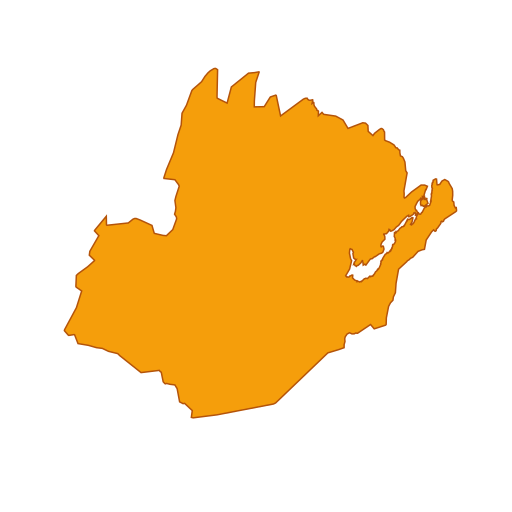 outline of Beiarn nor, Nordland, Norway, rotated 119°
{"feature_id": "86288312B82396448317791", "entity_name": "Beiarn nor", "entity_type": "district", "adm_level": 2, "iso_a3": "NOR", "parent_name": "Norway", "parent_adm1": "Nordland", "projection": "natural_earth1", "projection_center": [14.512, 66.892], "detail": "fine", "context": "isolated", "style": "filled", "palette": "amber", "viewbox_px": 512, "rotation_deg": 119, "n_neighbors": 0, "source": "geoboundaries", "source_scale": "gbopen_adm2", "svg_char_len": 6103}
<svg xmlns="http://www.w3.org/2000/svg" viewBox="0 0 512 512"><g transform="rotate(119 256 256)"><path d="M428.5,234.3L428.0,232.5L413.9,213.2L376.9,168.9L375.0,167.6L305.9,146.2L297.8,138.3L293.5,134.5L290.7,136.0L287.7,136.7L285.3,138.3L283.4,138.8L280.1,138.5L277.8,137.0L277.6,134.3L276.4,132.3L275.2,131.6L274.3,129.7L260.4,122.6L262.4,117.3L253.6,109.1L252.7,109.0L246.9,112.0L235.8,115.6L231.8,115.7L228.3,114.8L225.2,116.0L220.5,116.3L211.9,120.3L198.4,124.9L187.8,121.4L186.8,121.3L184.9,120.2L183.2,119.8L181.1,118.3L173.4,116.5L170.1,113.8L168.5,111.9L159.5,114.9L149.6,114.1L147.0,113.3L147.6,111.4L147.1,110.9L146.2,110.8L144.9,111.3L143.5,110.8L137.9,110.2L136.2,110.8L135.5,110.4L135.7,109.5L134.7,108.9L133.0,109.1L132.1,108.9L120.6,102.9L119.4,102.5L118.7,102.8L116.6,104.3L117.3,104.9L115.7,107.3L112.9,109.2L112.7,110.7L112.0,111.5L107.5,113.4L104.0,115.4L101.9,117.1L98.8,122.4L97.9,123.4L97.6,124.5L97.6,128.0L100.3,129.7L104.3,130.0L105.7,131.6L105.9,132.1L105.4,132.6L101.2,135.4L101.4,136.2L101.9,136.6L103.9,137.8L105.5,137.0L106.1,137.0L106.2,137.3L107.6,137.0L107.7,136.6L109.0,136.5L110.7,135.5L111.2,134.5L112.1,134.5L113.0,133.7L113.7,133.8L114.8,133.1L116.5,132.8L116.5,132.5L117.1,132.6L118.4,131.6L122.3,130.2L122.4,129.9L123.4,129.9L123.4,129.4L127.5,128.7L128.6,129.4L129.3,131.0L130.4,130.9L130.4,131.4L132.9,132.0L137.3,131.8L137.7,132.2L139.6,132.3L140.0,132.8L140.1,133.8L139.6,134.6L140.6,134.8L143.4,134.8L145.9,134.2L145.9,133.9L146.6,134.4L150.4,134.1L151.9,134.4L152.6,134.9L153.4,135.0L153.5,136.1L150.7,136.0L147.9,136.8L147.6,137.4L146.6,137.1L146.5,137.7L146.8,138.2L149.7,139.5L150.2,140.9L151.4,140.9L151.1,141.2L157.7,141.0L157.7,141.3L158.7,141.3L159.7,142.6L160.3,142.6L161.9,143.5L165.1,143.9L166.0,144.7L167.9,144.8L168.4,145.3L167.9,145.7L168.6,145.7L168.6,146.1L172.0,144.5L172.5,143.5L173.9,142.2L174.5,142.2L174.3,141.7L175.1,141.2L177.0,140.9L179.2,141.2L179.6,141.9L180.2,141.9L181.4,141.2L183.3,141.1L183.3,140.8L185.9,140.7L185.5,141.1L189.0,141.7L189.5,142.3L189.4,143.0L190.6,143.0L191.9,143.8L196.7,144.0L197.9,143.6L197.9,143.9L199.8,143.9L199.8,144.2L200.1,144.2L200.8,143.6L202.5,143.2L202.6,142.9L206.4,142.5L208.0,142.6L208.0,142.9L209.0,142.9L209.0,143.2L210.2,143.1L212.1,143.8L214.0,143.7L216.6,144.3L216.6,144.0L217.3,144.3L217.8,145.6L218.5,145.6L218.5,146.7L221.7,147.6L222.2,149.2L223.1,149.7L223.3,150.2L227.1,151.3L226.9,151.6L228.5,152.7L228.5,154.0L229.3,155.1L228.7,155.1L228.6,155.6L228.9,155.9L229.2,158.1L228.3,161.0L225.3,162.3L226.0,162.3L226.4,163.1L227.7,163.7L227.9,164.2L229.3,164.5L230.0,165.4L230.0,166.6L230.3,166.7L229.8,168.0L222.1,167.8L213.7,170.1L212.7,171.8L208.2,175.7L204.7,177.2L203.3,177.1L204.1,176.8L203.7,175.0L204.2,174.6L205.5,172.6L206.9,172.4L210.4,169.6L210.8,167.9L210.6,167.4L211.1,167.0L210.7,166.6L213.1,166.7L213.6,167.0L216.0,166.5L215.4,166.0L216.0,165.5L216.4,164.4L216.2,163.6L216.4,163.2L215.2,162.8L214.6,162.1L211.3,161.0L207.9,160.8L209.0,160.3L209.7,159.4L212.0,157.8L210.5,157.0L210.3,156.1L210.7,155.9L210.7,155.5L203.5,154.6L202.6,154.0L202.2,153.2L199.0,151.9L198.8,151.4L194.3,149.2L192.6,147.5L191.2,146.9L187.9,147.4L185.9,149.2L185.7,149.7L186.0,150.2L187.3,150.9L186.7,151.7L185.1,152.3L182.6,152.5L178.8,151.4L176.5,152.8L175.5,154.0L175.3,154.7L174.9,154.9L173.2,152.7L169.8,152.0L168.2,152.6L168.1,151.7L168.8,151.0L169.0,150.3L168.3,149.5L166.1,148.1L162.5,147.3L160.1,146.1L155.2,145.5L148.2,143.4L146.4,142.3L147.6,141.5L147.0,140.6L144.2,139.1L142.7,138.5L142.0,138.7L142.0,138.4L140.8,138.0L141.5,136.9L143.0,136.3L142.8,135.9L142.0,135.9L142.2,135.4L139.5,135.4L139.4,136.1L138.2,137.8L138.4,138.4L137.4,139.8L135.6,140.9L129.8,141.1L127.2,140.1L125.8,139.9L126.4,139.0L125.5,138.4L123.6,139.2L123.7,138.9L123.2,138.8L123.6,138.0L124.8,137.7L127.6,138.7L128.8,138.4L130.9,137.2L131.9,136.0L131.0,135.2L131.3,134.3L131.1,133.9L131.4,133.6L131.2,133.1L126.6,131.1L124.0,134.0L122.3,134.7L124.2,134.5L123.7,134.7L124.5,135.3L123.8,135.9L124.2,136.1L123.6,136.3L123.8,136.5L123.2,136.9L124.4,136.9L125.0,137.5L123.6,137.9L122.8,137.6L121.5,138.5L115.7,139.8L115.6,139.4L111.9,139.9L112.2,142.8L113.9,146.0L124.6,151.0L132.4,153.5L133.3,154.3L132.7,155.1L129.7,156.6L127.3,158.2L110.1,164.1L108.8,166.4L101.6,171.3L99.1,174.4L98.2,176.1L98.4,178.2L96.0,180.2L93.8,181.5L94.0,181.9L93.5,183.9L93.0,185.0L93.5,185.9L93.4,186.4L92.0,189.0L91.7,194.4L92.3,198.3L92.2,199.7L85.2,203.7L84.9,204.5L83.8,205.8L83.5,207.6L83.8,208.4L85.5,209.4L91.2,211.8L94.0,212.1L92.6,218.3L87.6,221.4L86.7,224.6L87.7,227.2L99.8,237.4L94.9,245.8L95.0,254.1L99.3,265.5L98.4,267.9L103.1,269.5L99.1,271.6L98.8,272.4L99.1,273.2L98.0,274.3L96.7,277.4L95.7,278.6L93.8,279.8L93.7,280.1L95.4,280.9L92.1,281.9L91.9,282.2L93.7,284.3L94.0,285.3L93.9,286.6L93.2,287.7L94.1,289.3L95.8,290.6L121.6,302.4L105.8,316.1L105.7,316.7L109.9,320.5L110.4,320.6L121.4,321.2L126.4,329.8L121.2,332.6L104.3,340.4L93.7,342.4L93.5,342.7L96.4,346.3L99.7,351.2L120.1,359.5L134.3,355.9L136.3,355.4L136.3,355.8L136.8,366.4L136.0,367.1L111.7,379.9L111.5,381.9L111.7,382.7L112.6,383.7L116.2,385.8L119.1,386.8L123.6,387.7L130.0,388.1L141.1,392.1L142.5,392.3L157.8,389.9L167.0,389.9L177.8,384.9L187.7,383.1L205.7,378.2L223.7,376.2L232.3,374.5L232.8,374.1L228.6,363.9L231.1,358.4L232.1,357.0L242.8,354.9L246.8,353.8L252.7,349.4L256.1,348.1L258.9,347.5L260.4,344.6L262.0,343.4L273.3,341.6L281.7,344.2L283.1,347.4L285.4,355.5L285.3,356.2L279.7,361.8L280.7,374.9L281.3,379.0L282.0,380.3L283.5,381.5L289.0,383.7L301.4,401.3L301.2,401.9L293.8,406.2L311.3,409.5L312.3,409.5L314.4,403.3L332.5,403.6L336.1,402.2L338.0,395.2L338.3,395.0L347.0,398.0L357.5,402.9L360.1,403.7L369.9,398.8L370.4,398.2L371.1,391.5L388.3,388.0L413.2,387.7L414.2,387.4L416.2,381.9L416.2,381.2L412.9,377.0L412.9,376.4L418.9,369.2L415.4,359.3L413.5,351.1L411.3,345.6L410.9,338.8L408.4,329.6L409.2,326.8L413.7,300.0L402.9,285.1L403.5,283.9L403.6,282.5L411.0,276.2L411.8,273.8L411.7,273.2L410.8,272.4L409.9,269.0L408.1,264.5L410.2,260.7L420.6,252.1L420.5,248.2L419.5,247.0L422.1,236.8L428.5,234.3Z" fill="#f59e0b" stroke="#b45309" stroke-width="1.5"/></g></svg>